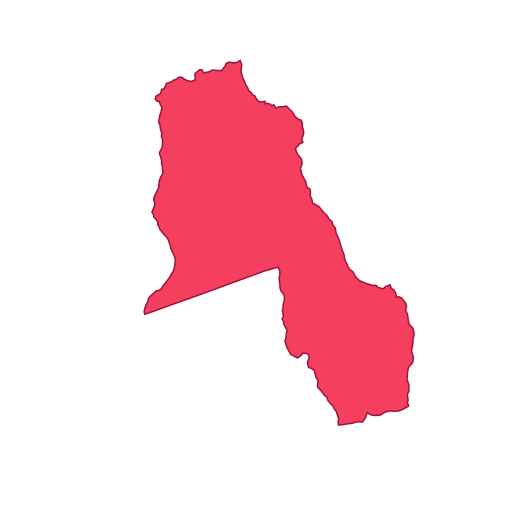 Santo Antônio do Descoberto, Goiás, Brazil, rotated 160°
{"feature_id": "56859067B79602459019082", "entity_name": "Santo Antônio do Descoberto", "entity_type": "district", "adm_level": 2, "iso_a3": "BRA", "parent_name": "Brazil", "parent_adm1": "Goiás", "projection": "albers", "projection_center": [-48.284, -16.072], "detail": "fine", "context": "isolated", "style": "filled", "palette": "rose", "viewbox_px": 512, "rotation_deg": 160, "n_neighbors": 0, "source": "geoboundaries", "source_scale": "gbopen_adm2", "svg_char_len": 4160}
<svg xmlns="http://www.w3.org/2000/svg" viewBox="0 0 512 512"><g transform="rotate(160 256 256)"><path d="M163.8,62.9L163.9,66.2L162.5,68.3L161.0,74.5L158.7,76.4L157.7,79.3L156.5,82.0L156.3,86.0L156.4,88.2L153.0,95.7L151.0,98.9L148.8,100.5L145.7,101.9L144.3,103.8L142.7,107.4L142.5,111.6L142.0,114.5L140.2,116.9L139.0,119.3L137.9,121.5L136.6,124.8L134.6,127.4L133.6,130.6L133.2,134.5L134.4,137.0L135.5,140.3L134.1,147.1L133.6,149.9L134.0,152.9L133.5,155.4L131.7,157.1L131.5,160.2L133.4,166.5L135.5,168.7L138.1,169.2L137.6,171.6L137.5,174.0L138.1,177.1L139.9,179.4L139.9,183.1L144.9,182.9L147.8,181.7L151.8,184.5L153.3,187.3L156.9,188.7L159.8,191.0L162.6,193.1L164.6,195.0L166.8,197.1L168.2,199.3L169.8,203.5L170.3,208.0L172.4,211.1L173.3,214.3L173.2,217.4L173.6,219.9L173.7,223.2L172.8,227.1L173.0,232.3L172.7,237.3L172.4,241.8L172.5,244.5L172.7,247.1L172.9,250.0L171.9,255.4L173.0,258.1L172.9,262.7L174.4,264.9L175.6,269.8L177.4,273.5L178.6,276.8L179.8,280.6L181.8,283.1L184.7,286.4L184.1,290.6L184.5,294.1L183.1,297.1L182.4,300.6L184.4,303.0L184.5,305.4L183.9,308.5L184.2,311.2L185.1,316.7L184.7,319.1L184.2,323.3L182.0,325.7L180.8,327.7L180.3,331.0L180.7,333.8L182.2,337.1L182.4,340.3L182.1,343.8L179.0,345.0L176.7,346.4L173.1,346.8L173.1,350.3L170.9,352.7L169.2,355.0L168.5,357.7L168.2,362.0L167.0,365.6L167.2,368.2L169.5,370.1L171.7,373.9L172.1,376.5L172.7,379.3L174.0,381.7L176.2,386.5L180.3,387.3L182.6,388.1L186.7,388.4L187.6,392.2L189.6,391.6L190.9,394.0L193.1,395.6L195.3,395.9L194.7,398.3L198.4,398.8L200.6,400.3L202.0,403.7L202.1,406.5L203.8,408.3L204.9,411.4L206.3,414.2L206.4,417.7L207.2,420.4L207.1,424.0L207.3,426.4L207.5,429.1L207.2,432.0L206.7,435.1L205.8,437.2L204.0,440.4L204.0,445.3L206.7,444.5L209.1,444.6L211.7,445.5L215.0,447.4L218.1,447.2L220.2,444.8L222.5,443.6L225.1,441.8L228.3,443.4L231.5,444.8L233.4,445.7L237.1,445.1L239.8,445.6L242.6,445.9L243.1,449.5L245.2,450.4L251.2,448.1L252.0,444.9L253.1,442.1L257.8,442.4L260.7,444.5L262.9,446.7L264.3,449.0L267.0,450.4L271.0,449.3L273.4,449.5L275.9,448.5L278.8,448.8L281.3,448.8L283.1,446.5L285.4,444.5L287.7,444.9L289.1,442.6L290.7,441.0L292.9,440.9L295.4,440.3L297.0,438.1L296.4,435.7L294.2,434.3L294.1,430.9L293.6,427.7L295.8,424.1L298.3,421.0L300.6,417.1L301.7,414.8L301.5,411.4L302.5,407.3L302.5,403.7L304.0,400.6L304.1,396.5L305.2,394.2L306.1,392.0L307.1,390.0L309.1,388.2L311.6,385.9L311.8,381.3L312.1,377.6L313.2,375.0L313.3,371.9L314.1,370.0L315.4,365.3L317.6,363.6L320.7,360.4L322.8,356.6L324.1,353.6L326.1,351.6L329.1,348.7L331.7,346.1L333.0,343.6L332.8,340.9L333.6,338.6L336.3,335.6L338.8,332.8L338.1,330.2L338.7,327.9L337.5,324.7L336.6,321.4L337.6,319.1L337.0,316.7L337.3,314.3L336.5,312.0L335.3,308.2L333.7,304.7L332.9,301.9L333.0,295.2L333.5,291.6L333.1,288.0L332.8,283.6L333.0,280.5L334.5,276.9L336.5,273.4L339.2,269.6L341.9,267.8L345.1,264.9L348.3,263.0L351.8,260.7L354.5,259.2L356.1,257.5L358.8,256.9L361.6,257.4L364.4,256.3L367.3,255.1L369.9,254.0L371.7,252.6L373.5,249.9L376.2,247.7L377.6,245.7L379.0,244.0L380.2,241.7L380.5,239.3L369.6,239.1L363.2,239.1L352.0,239.1L340.6,239.0L338.1,239.0L335.6,238.9L325.9,238.9L301.6,238.9L253.0,239.0L239.0,237.9L238.8,233.9L239.9,230.2L241.6,227.9L242.7,224.3L243.3,220.8L244.4,217.8L244.5,214.8L243.8,212.4L243.1,210.1L243.3,207.8L244.9,204.0L246.7,201.8L248.1,198.7L249.8,195.9L250.4,192.8L250.7,190.1L253.0,188.0L252.5,185.0L253.2,182.9L253.0,180.5L252.2,175.7L253.8,173.1L255.0,170.6L256.1,168.3L257.9,166.4L258.0,163.1L258.3,159.3L257.6,155.6L257.2,151.9L254.5,148.8L251.9,146.0L248.7,146.8L245.1,148.6L240.9,146.5L240.4,142.6L243.0,139.9L244.4,137.4L244.7,133.3L242.2,131.2L240.4,128.5L240.7,125.7L241.0,123.2L241.1,120.4L240.1,118.0L241.7,115.0L242.9,112.2L242.4,110.0L241.3,108.1L240.5,105.7L239.3,101.5L237.6,99.0L237.9,96.0L237.2,93.7L236.4,91.6L235.0,88.8L234.7,85.2L233.8,82.9L233.8,79.6L234.0,74.6L235.6,72.0L236.3,68.8L231.3,67.7L225.1,66.5L222.7,65.8L219.8,65.9L217.0,65.4L212.5,63.6L208.4,66.7L205.0,70.9L203.4,68.6L201.3,66.7L198.8,65.5L194.6,64.1L192.2,64.2L189.6,64.9L186.3,65.1L183.0,64.6L179.5,62.9L175.3,61.6L171.2,61.6L167.3,62.2L163.8,62.9Z" fill="#f43f5e" stroke="#9f1239" stroke-width="1.5"/></g></svg>